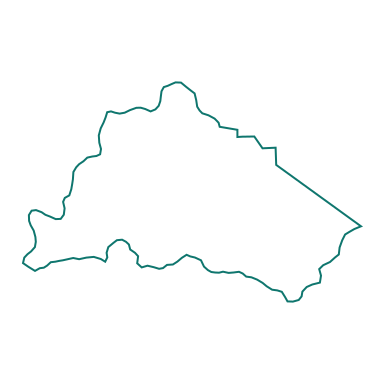 outline of Herval d'Oeste, Santa Catarina, Brazil
{"feature_id": "56859067B7033664236928", "entity_name": "Herval d'Oeste", "entity_type": "district", "adm_level": 2, "iso_a3": "BRA", "parent_name": "Brazil", "parent_adm1": "Santa Catarina", "projection": "orthographic", "projection_center": [-51.434, -27.189], "detail": "fine", "context": "isolated", "style": "outline", "palette": "teal", "viewbox_px": 384, "rotation_deg": 0, "n_neighbors": 0, "source": "geoboundaries", "source_scale": "gbopen_adm2", "svg_char_len": 1976}
<svg xmlns="http://www.w3.org/2000/svg" viewBox="0 0 384 384"><path d="M361.0,226.3L276.2,164.9L275.6,147.7L262.5,148.3L254.3,136.5L242.3,136.7L237.4,137.0L237.4,129.8L219.7,126.8L218.6,122.7L214.6,118.6L208.5,115.3L202.3,113.3L199.6,110.5L197.2,106.7L196.2,100.1L194.6,93.4L190.9,90.6L186.2,86.9L181.0,82.6L175.5,82.4L171.5,84.1L167.8,85.8L163.8,87.1L161.5,91.3L160.9,96.0L160.3,101.1L158.7,105.8L155.4,109.4L150.6,111.4L145.2,109.0L140.7,107.7L136.4,107.8L130.0,110.1L124.7,112.7L119.6,113.6L115.0,112.7L111.0,111.4L107.2,112.2L105.6,117.4L103.6,122.5L100.7,128.4L98.8,135.4L99.3,142.7L101.0,149.0L100.1,154.3L96.4,156.0L92.3,156.5L87.3,157.6L83.5,161.2L79.1,164.2L76.2,167.3L73.4,172.0L72.9,179.4L72.2,184.0L71.3,189.2L69.3,195.4L64.8,197.9L63.1,201.9L64.6,208.3L63.8,214.7L60.7,218.9L55.7,219.1L49.9,216.5L45.4,214.8L41.6,212.2L36.0,210.1L31.6,210.7L28.9,215.1L29.1,220.9L30.7,225.3L33.7,230.6L35.4,237.0L35.8,241.8L34.9,247.1L31.1,251.4L27.5,254.2L24.3,257.6L23.0,263.1L28.4,266.8L35.0,270.9L39.8,268.2L43.8,267.7L47.1,265.6L50.8,262.2L55.3,261.7L59.1,260.9L62.8,260.3L66.9,259.4L73.2,258.0L79.1,259.2L86.4,257.6L93.8,256.9L100.8,259.0L105.2,261.7L107.3,257.4L106.6,252.8L108.3,247.1L113.4,242.9L116.9,240.2L122.1,239.7L126.0,241.8L128.9,244.5L130.2,249.5L135.0,252.8L138.1,256.2L137.2,263.3L141.7,267.4L147.5,265.7L153.8,267.2L159.1,268.8L163.0,268.1L167.0,264.9L172.9,264.5L177.4,261.6L181.9,257.8L186.6,254.8L190.2,256.4L194.9,257.5L201.0,260.3L204.0,266.6L207.9,270.1L211.3,272.0L215.1,272.5L219.0,272.7L223.0,271.7L228.6,272.9L233.5,272.5L239.0,271.8L242.7,273.5L246.2,276.6L251.4,277.3L257.1,279.6L262.6,282.9L266.7,286.3L272.1,289.7L277.3,290.4L281.8,291.8L285.1,297.1L287.5,301.4L292.9,301.6L298.7,300.0L301.6,296.4L302.4,291.6L306.7,287.0L312.3,284.5L319.9,282.6L321.0,275.6L319.2,269.1L323.2,265.2L330.0,262.0L335.1,257.4L338.8,254.5L339.6,247.5L342.2,240.3L345.1,234.5L349.2,232.0L354.4,229.0L361.0,226.3Z" fill="none" stroke="#0f766e" stroke-width="2"/></svg>